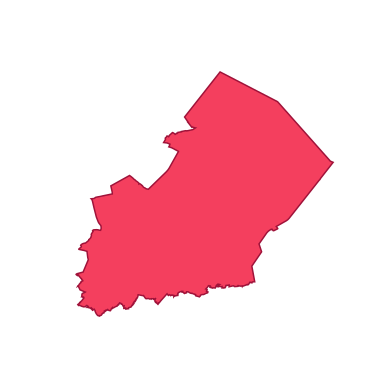 the district of Súdwest-Fryslân, Friesland, Netherlands, rotated 162°
{"feature_id": "6326949B35163690822727", "entity_name": "Súdwest-Fryslân", "entity_type": "district", "adm_level": 2, "iso_a3": "NLD", "parent_name": "Netherlands", "parent_adm1": "Friesland", "projection": "natural_earth1", "projection_center": [5.609, 52.975], "detail": "fine", "context": "isolated", "style": "filled", "palette": "rose", "viewbox_px": 384, "rotation_deg": 162, "n_neighbors": 0, "source": "geoboundaries", "source_scale": "gbopen_adm2", "svg_char_len": 5848}
<svg xmlns="http://www.w3.org/2000/svg" viewBox="0 0 384 384"><g transform="rotate(162 192 192)"><path d="M48.6,176.6L50.9,178.6L82.7,251.4L128.2,297.5L175.9,265.6L174.1,259.6L174.4,259.6L172.2,253.7L171.8,253.9L171.6,253.6L168.9,251.9L172.0,251.1L177.0,251.6L178.5,251.9L178.9,252.2L180.1,252.4L183.3,252.8L183.3,252.5L183.5,252.5L186.8,253.0L186.8,252.9L188.1,252.3L188.5,252.7L189.7,252.1L190.2,252.0L190.3,252.3L190.8,253.1L191.9,254.4L192.1,254.3L192.4,254.5L196.1,252.8L197.1,251.8L198.4,253.0L199.4,252.2L200.8,251.5L201.0,250.2L203.7,247.8L200.5,246.3L198.2,244.3L199.4,242.7L200.1,242.1L197.7,240.4L192.3,234.8L192.4,234.5L192.8,234.3L206.4,221.7L208.1,220.4L210.1,219.2L232.7,208.1L234.7,209.3L235.3,210.2L236.4,211.2L236.9,212.1L237.2,213.2L237.5,213.5L237.4,213.6L238.5,215.3L239.2,216.1L240.0,216.0L239.8,216.8L240.3,217.8L241.1,219.0L241.7,219.7L242.5,221.2L243.5,222.5L243.8,223.3L245.2,225.5L246.3,227.0L267.3,222.9L267.9,216.7L268.1,215.8L268.4,214.8L285.2,216.7L287.2,216.1L290.0,216.7L289.7,216.0L289.5,215.3L289.5,213.9L290.1,207.0L290.7,197.7L290.4,192.4L290.1,191.0L289.1,188.3L289.2,187.0L289.6,185.6L289.9,185.0L290.8,183.8L291.7,184.2L293.1,185.1L294.5,185.7L297.3,186.4L297.9,186.3L298.5,185.9L298.2,185.2L300.7,183.1L301.0,182.6L301.0,182.0L301.2,181.5L301.9,180.6L302.3,180.0L302.6,179.7L303.6,179.1L304.9,178.6L305.2,177.9L305.4,177.8L308.9,176.4L309.3,176.3L310.1,176.6L311.0,176.6L312.1,176.6L313.0,176.4L314.3,175.8L314.4,175.6L314.1,175.2L314.0,174.6L314.3,174.0L317.3,172.7L317.3,172.4L317.0,172.2L312.6,169.7L310.2,168.0L311.4,161.9L311.5,160.2L311.7,159.5L320.3,149.5L325.9,149.8L325.9,149.7L325.8,149.3L326.4,149.6L326.7,149.5L326.7,149.3L327.4,149.2L327.5,149.5L327.7,149.3L327.2,148.5L327.0,148.4L326.8,147.9L325.6,147.4L324.3,144.1L323.9,143.8L324.0,143.5L323.9,142.8L323.4,142.0L323.3,141.3L323.9,141.2L324.3,141.2L325.2,141.0L325.4,140.8L325.3,140.7L325.5,140.6L325.5,140.3L325.7,140.1L326.7,139.8L327.1,139.4L327.8,139.1L328.5,138.3L329.0,138.1L329.4,138.1L329.7,137.8L329.3,137.9L328.7,133.5L324.4,129.8L324.7,129.7L327.5,129.4L328.2,128.9L329.1,126.7L328.8,126.4L329.1,126.3L328.6,126.0L328.3,125.5L327.6,125.5L327.6,125.3L327.9,125.1L327.6,124.6L330.7,122.5L332.7,121.7L332.5,121.4L333.8,120.9L334.2,120.4L334.5,120.6L334.9,120.5L335.1,120.3L335.4,120.2L335.0,119.1L333.7,118.8L332.1,117.3L330.6,116.3L330.0,116.1L328.8,116.0L327.3,116.6L327.1,116.1L326.8,116.3L326.0,115.2L326.6,114.8L327.2,114.6L326.4,114.3L325.8,113.7L324.9,113.3L324.4,112.6L323.6,113.0L322.8,111.6L323.6,111.4L323.1,110.2L321.2,110.7L320.8,108.9L321.0,108.6L321.0,108.2L320.7,105.9L319.9,103.7L319.1,103.3L318.5,103.2L318.5,102.6L316.3,102.9L315.5,103.4L315.0,104.1L313.2,104.3L313.3,104.7L312.0,105.1L311.9,105.2L311.5,105.3L311.9,105.9L310.1,106.3L309.8,105.8L308.5,106.3L308.4,105.7L308.2,105.7L307.6,105.0L306.4,104.3L306.1,104.4L304.5,106.1L304.1,105.8L303.3,106.6L303.1,106.0L302.1,106.3L302.0,106.2L301.7,106.2L300.2,106.6L298.5,106.6L298.3,107.0L297.2,107.7L296.8,107.3L296.2,107.8L296.4,108.0L295.1,108.9L293.8,107.8L294.0,107.2L293.5,106.9L293.2,106.9L292.7,104.8L292.7,104.7L291.8,104.7L292.4,103.6L292.8,102.4L291.0,102.2L291.3,101.2L289.9,100.8L289.3,101.1L288.4,100.6L287.9,101.6L286.0,101.5L285.7,101.4L284.5,102.3L284.1,102.5L283.8,102.5L282.6,103.3L283.1,103.4L281.8,104.2L282.0,104.4L281.7,104.6L281.9,104.7L280.4,105.9L280.0,105.4L278.6,106.6L278.7,107.1L277.5,107.6L277.7,107.9L276.2,108.8L275.0,110.7L275.0,110.9L274.9,110.9L270.8,108.6L270.2,108.6L270.0,107.9L269.9,107.9L269.7,107.1L269.2,105.5L268.7,104.7L266.4,104.2L265.2,103.2L263.7,103.1L263.7,102.7L263.3,102.8L261.5,102.5L261.3,102.3L261.6,101.7L261.4,101.5L260.4,101.7L260.2,101.6L259.1,102.4L260.2,101.4L260.9,100.0L261.0,99.4L260.0,98.3L260.6,98.1L259.7,96.9L259.1,95.7L258.7,96.0L258.8,96.2L258.3,96.4L258.3,96.5L257.5,96.8L257.6,97.0L257.2,97.0L256.8,97.2L256.8,97.3L256.8,97.2L254.9,98.4L254.8,98.6L254.4,98.7L247.2,102.9L246.8,101.7L246.6,101.7L246.4,100.9L244.9,101.2L244.3,100.0L243.2,100.3L242.8,99.8L242.4,100.0L241.0,99.1L241.4,98.8L241.6,98.2L240.9,98.7L240.5,98.6L240.5,98.3L239.4,98.4L238.8,98.2L238.6,98.4L237.6,98.0L237.4,98.5L237.1,98.5L237.1,99.0L236.9,99.9L236.4,100.0L236.3,100.3L235.7,100.6L235.2,100.5L234.4,100.8L233.7,100.7L232.8,100.8L232.7,100.7L231.7,100.4L232.2,99.8L231.5,99.6L231.3,99.1L230.7,98.3L230.8,98.2L230.5,97.8L229.7,98.0L229.4,97.8L228.4,97.8L228.0,98.8L227.9,98.8L226.3,98.1L225.6,97.1L225.2,96.8L225.0,96.5L224.8,96.4L224.7,96.2L223.8,95.9L223.6,95.6L223.1,95.6L222.2,94.6L221.2,94.1L221.0,93.5L220.3,93.4L220.2,93.0L220.5,92.4L220.5,92.1L217.3,90.0L217.0,90.3L216.3,90.5L215.8,91.2L214.3,91.4L212.6,90.9L209.9,91.3L208.3,91.3L207.7,92.0L208.7,92.8L208.4,93.4L208.7,93.5L207.8,94.6L208.9,95.5L206.8,96.6L205.3,97.8L205.1,97.6L205.2,97.4L204.5,97.2L204.2,97.3L204.1,97.1L203.5,96.9L203.5,96.7L204.0,96.3L204.3,95.9L203.4,95.6L203.3,95.4L203.5,95.2L202.0,94.2L201.6,94.4L200.1,93.8L199.6,93.5L197.6,95.7L195.8,96.4L194.3,95.5L195.2,95.3L195.8,94.7L196.9,94.4L197.1,94.1L195.9,93.6L195.5,93.8L195.1,93.8L194.1,93.3L193.7,92.9L192.6,92.9L192.7,92.2L193.1,91.5L191.4,90.9L191.2,91.1L190.2,90.7L190.0,90.9L189.1,91.6L189.0,92.1L188.5,92.7L186.8,92.1L186.6,92.3L185.3,92.0L186.0,90.4L182.2,90.1L181.3,89.9L181.0,89.1L180.6,88.8L177.6,88.1L177.2,88.8L176.7,88.6L176.7,88.1L175.8,88.0L175.0,87.5L173.2,87.1L173.4,86.8L173.4,86.7L173.3,86.8L173.0,86.7L170.0,86.8L169.2,86.9L169.3,86.8L168.2,86.8L168.1,86.6L166.9,86.5L164.9,88.3L163.6,87.8L163.9,87.5L163.1,87.1L162.9,87.6L162.5,87.6L162.0,87.8L160.1,87.2L158.0,103.0L144.3,113.6L144.3,121.9L133.3,130.2L131.4,131.2L128.2,132.1L127.9,131.6L127.3,131.7L126.8,130.2L126.2,129.9L122.0,130.5L121.7,130.8L122.5,133.2L111.2,135.5L109.6,136.0L108.0,136.8L67.4,163.9L66.9,164.1L65.9,164.8L65.7,165.1L48.6,176.6Z" fill="#f43f5e" stroke="#9f1239" stroke-width="1.5"/></g></svg>